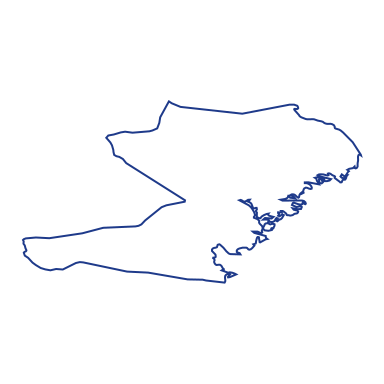 map outline of Västernorrland (Natural Earth projection)
{"feature_id": "SWE-191", "entity_name": "Västernorrland", "entity_type": "County", "adm_level": 1, "iso_a3": "SWE", "parent_name": "Sweden", "parent_adm1": "", "projection": "natural_earth1", "projection_center": [17.916, 63.083], "detail": "fine", "context": "isolated", "style": "outline", "palette": "blue", "viewbox_px": 384, "rotation_deg": 0, "n_neighbors": 0, "source": "natural_earth", "source_scale": "10m", "svg_char_len": 6097}
<svg xmlns="http://www.w3.org/2000/svg" viewBox="0 0 384 384"><path d="M361.0,155.4L360.6,155.1L359.3,154.5L358.4,155.2L358.0,156.8L358.1,160.2L358.0,161.1L357.7,162.7L357.6,163.6L357.6,166.5L356.9,167.8L355.8,168.4L354.9,168.1L354.6,166.5L353.0,168.1L349.2,168.8L347.4,169.8L347.9,170.1L348.9,171.2L348.1,171.8L346.7,174.1L345.9,175.2L347.4,175.2L346.2,176.7L344.8,176.6L341.8,174.4L340.5,176.5L341.7,177.7L344.0,178.3L345.9,178.4L345.3,179.5L344.5,179.7L343.5,179.6L342.6,180.1L342.1,181.1L341.9,181.9L341.5,182.3L340.3,182.4L340.0,182.0L337.8,180.3L337.4,180.1L336.8,179.5L335.3,178.5L334.6,177.8L335.0,176.5L334.1,175.9L332.8,175.4L331.8,174.8L330.5,173.8L328.9,173.3L327.9,173.6L328.4,175.2L327.4,175.5L323.2,174.4L320.1,174.3L318.8,174.5L317.6,175.2L319.1,176.2L331.0,179.1L329.6,180.5L327.2,181.1L322.2,181.1L322.8,182.4L321.6,183.4L320.5,183.3L319.5,182.5L319.2,181.1L319.0,179.5L320.6,179.1L324.3,179.1L324.3,178.4L317.2,177.2L315.0,177.8L316.0,178.4L316.5,179.2L316.7,180.1L317.1,181.1L318.8,183.6L319.2,184.4L308.3,182.3L304.8,182.4L304.8,183.1L306.4,183.1L308.1,183.6L309.7,184.5L310.7,185.4L311.4,186.5L311.8,187.7L311.6,188.7L310.5,189.0L308.9,188.6L307.4,187.9L305.9,187.6L304.3,188.4L303.7,189.3L303.4,190.4L302.9,191.5L301.8,192.4L304.3,192.4L301.0,194.1L300.0,194.3L299.5,194.9L299.0,197.2L298.4,197.7L297.6,197.4L295.1,195.1L294.0,194.5L292.8,194.3L291.6,194.4L290.4,195.1L292.9,196.2L294.2,197.1L295.1,198.3L290.2,197.7L289.9,197.5L289.3,196.5L288.9,196.1L288.3,195.8L288.1,196.2L288.0,196.7L287.9,197.1L288.0,197.2L286.8,198.3L285.0,199.0L280.6,199.7L282.5,200.6L301.9,200.5L303.9,201.0L305.4,202.3L305.8,203.7L305.2,204.2L304.1,203.7L303.4,202.3L302.8,202.3L302.2,204.2L300.4,204.6L298.3,204.2L293.9,202.7L292.8,203.1L292.0,205.0L295.5,206.6L296.7,207.0L299.4,206.4L300.9,206.2L301.8,207.0L301.0,209.0L298.0,209.2L292.6,208.3L293.7,209.7L297.3,210.6L298.2,211.6L297.9,212.5L297.3,213.2L296.4,213.5L294.6,213.8L293.9,214.2L293.3,214.7L292.6,215.1L290.9,215.5L290.1,215.6L288.6,215.2L287.4,215.2L286.9,215.1L286.6,214.8L286.3,213.7L283.9,211.7L282.7,211.0L281.2,211.0L281.4,211.3L281.7,212.3L278.1,212.3L278.1,213.0L278.9,213.3L279.1,214.0L278.7,214.8L278.1,215.7L279.7,216.2L282.2,214.4L283.8,215.1L282.0,218.1L280.8,219.2L279.4,219.6L278.7,220.1L278.0,220.8L277.2,221.3L276.3,220.7L276.3,220.1L276.6,219.3L277.2,218.7L277.6,218.3L276.5,218.0L275.8,218.7L275.2,219.9L274.5,221.0L273.1,221.8L271.5,222.0L268.3,221.6L268.7,220.7L268.9,220.4L267.6,219.7L266.2,219.5L263.2,219.6L265.0,218.0L271.6,218.5L273.5,216.9L270.3,216.1L268.8,215.5L267.8,214.3L268.3,213.7L266.6,214.0L264.0,215.1L261.6,216.6L260.6,218.0L260.1,218.3L258.8,218.0L257.6,217.4L256.9,216.9L256.8,216.1L256.9,212.6L256.8,212.4L256.1,211.5L255.9,211.0L256.1,210.5L256.8,209.6L256.9,209.3L256.6,207.9L255.7,207.9L254.5,208.3L253.4,208.3L252.9,207.6L251.5,204.0L250.9,203.2L250.1,202.6L249.2,202.1L248.2,201.7L248.7,201.2L249.8,199.7L248.1,199.8L245.7,201.3L244.6,201.7L243.2,201.3L241.9,200.4L240.7,199.9L239.4,200.3L248.8,205.3L251.0,207.3L252.4,209.2L254.2,212.3L255.1,215.3L253.9,216.9L253.9,217.7L257.1,219.0L258.0,219.6L258.9,220.5L259.2,220.8L259.1,222.7L259.7,223.7L262.1,226.1L262.7,227.9L262.5,229.0L261.8,230.7L261.9,231.3L262.3,232.2L262.0,232.7L261.3,232.9L260.6,233.0L260.1,232.8L258.3,231.9L257.5,231.6L252.8,231.6L254.3,232.9L265.7,236.0L265.8,237.1L266.1,237.9L266.6,238.5L267.3,239.0L265.7,239.3L260.1,242.4L259.6,242.1L259.5,240.9L258.9,238.0L259.0,237.4L258.7,237.1L257.7,237.0L257.3,237.3L256.9,238.1L256.1,241.1L255.9,242.7L255.7,243.5L255.0,243.8L253.3,244.3L254.4,245.6L252.1,248.2L250.7,249.3L249.2,249.7L248.3,249.3L247.1,248.0L246.4,247.7L242.5,247.7L239.3,248.5L237.7,249.3L236.8,250.4L236.8,252.0L238.0,252.6L239.6,253.1L240.4,254.4L230.5,254.1L229.4,253.8L228.5,253.3L227.1,251.9L226.7,251.7L223.4,247.7L220.1,244.7L219.3,244.3L217.7,244.8L216.9,247.2L215.6,247.7L214.1,247.9L212.8,248.5L212.0,249.5L212.0,251.0L215.3,254.4L215.5,254.7L215.6,255.5L215.7,256.4L215.6,257.0L215.0,257.4L214.1,257.6L213.2,257.7L212.5,257.6L213.3,258.2L214.2,259.0L214.6,260.1L214.2,261.3L214.2,262.3L214.8,263.6L215.7,264.6L216.6,265.0L219.0,264.7L220.0,264.8L221.3,265.7L221.8,266.5L222.4,267.6L223.0,268.5L223.8,269.1L223.8,269.7L223.1,269.6L222.6,269.8L221.7,270.4L228.2,272.7L229.7,272.3L232.2,272.7L234.7,273.6L236.2,274.4L229.9,277.1L228.1,277.4L227.9,276.9L230.0,274.4L228.7,273.9L227.3,274.1L226.1,274.8L225.3,275.7L225.0,277.2L225.1,278.7L225.3,280.1L225.3,281.1L224.8,282.3L224.6,282.6L206.1,280.5L202.7,279.7L187.7,279.4L148.1,272.6L127.1,271.6L83.2,262.4L79.8,262.1L75.9,263.0L62.8,269.5L56.1,269.0L50.4,270.3L45.3,269.4L40.7,268.0L35.9,265.1L32.5,262.6L28.1,257.8L24.8,255.6L23.8,252.7L24.5,251.9L25.9,251.3L26.4,250.6L26.3,250.0L25.5,248.3L24.8,245.6L24.4,244.9L23.6,243.9L23.5,243.5L23.5,243.0L23.7,241.8L23.6,241.2L23.0,240.0L23.8,239.2L25.8,238.4L35.9,237.5L49.3,238.2L82.3,233.3L103.2,227.8L135.5,226.4L138.6,225.8L141.4,224.4L145.2,220.4L161.6,207.2L166.4,205.3L184.7,201.7L185.0,200.3L126.2,163.1L122.9,159.0L119.3,156.9L116.4,156.2L114.2,154.9L113.5,152.0L113.3,149.9L112.0,145.4L110.4,142.5L106.3,137.8L108.3,135.5L113.8,134.5L120.8,132.4L125.1,131.7L132.5,132.7L149.4,131.3L152.4,130.5L157.2,128.4L159.3,122.9L160.2,117.3L168.9,101.4L171.8,103.3L180.5,106.9L242.3,113.7L289.4,104.7L294.2,104.7L297.3,105.8L298.0,107.1L298.2,108.1L297.8,108.7L297.2,109.0L294.5,108.9L294.2,109.2L294.5,110.0L299.1,115.2L299.5,116.0L300.2,116.6L301.3,117.3L305.7,119.0L307.3,119.3L312.9,119.2L314.1,119.3L317.8,120.6L321.3,121.3L322.8,121.8L324.5,123.1L326.2,123.7L327.7,123.9L330.6,123.8L332.2,124.2L333.9,125.2L334.7,126.6L334.7,127.4L334.9,128.1L335.4,128.5L339.1,129.6L340.7,130.5L343.1,132.5L352.7,142.2L360.8,154.7L361.0,155.4ZM271.9,230.0L268.4,230.8L264.5,230.3L262.9,228.3L263.7,226.6L264.4,225.4L264.6,224.4L265.6,223.5L267.3,223.2L268.7,223.5L269.5,224.1L270.3,224.4L272.1,223.8L273.7,224.0L274.5,224.2L274.6,225.0L274.3,226.3L273.7,227.3L273.6,227.9L273.3,228.2L272.4,228.1L271.5,228.2L271.3,228.6L271.9,228.9L272.3,229.4L271.9,230.0Z" fill="none" stroke="#1e3a8a" stroke-width="2"/></svg>